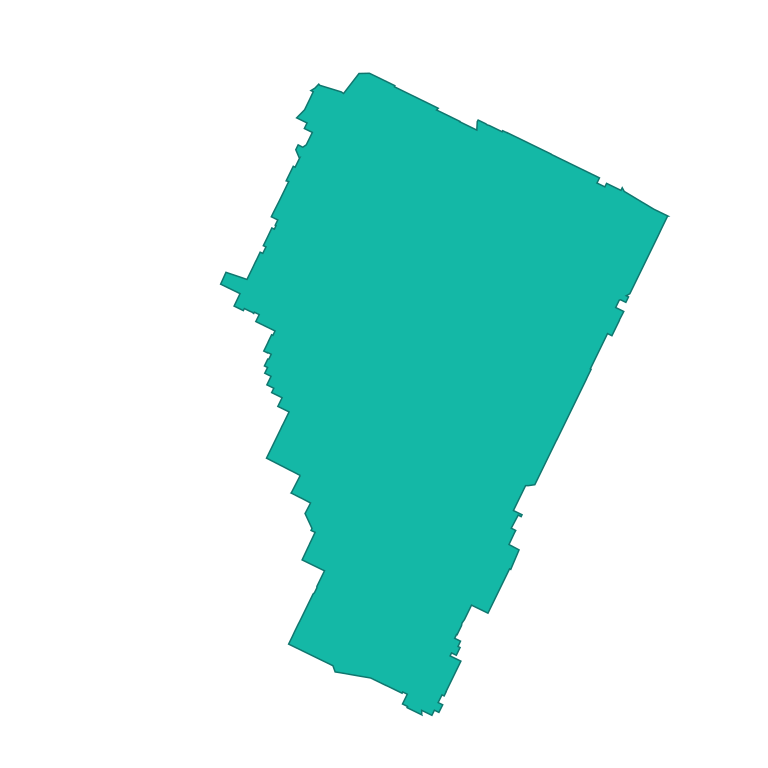 outline of Katanning, Western Australia, Australia, rotated 296°
{"feature_id": "25037944B94110641032660", "entity_name": "Katanning", "entity_type": "district", "adm_level": 2, "iso_a3": "AUS", "parent_name": "Australia", "parent_adm1": "Western Australia", "projection": "equal_earth", "projection_center": [117.615, -33.625], "detail": "fine", "context": "isolated", "style": "filled", "palette": "teal", "viewbox_px": 768, "rotation_deg": 296, "n_neighbors": 0, "source": "geoboundaries", "source_scale": "gbopen_adm2", "svg_char_len": 4215}
<svg xmlns="http://www.w3.org/2000/svg" viewBox="0 0 768 768"><g transform="rotate(296 384 384)"><path d="M625.2,565.4L637.4,565.4L645.9,565.3L659.0,565.3L659.4,565.8L659.4,550.0L660.4,538.6L660.6,535.7L662.4,515.5L664.8,512.1L661.9,512.1L661.9,496.1L658.0,496.1L658.0,495.9L658.0,487.3L663.7,487.3L663.7,487.1L663.7,458.3L663.7,453.4L663.7,433.7L663.9,433.6L663.9,391.0L663.9,385.2L663.9,384.7L663.7,384.8L663.7,379.6L662.5,379.6L662.5,365.2L662.1,363.3L662.5,361.5L662.5,352.9L660.7,352.8L652.9,356.1L652.9,355.8L652.9,337.1L653.3,337.1L653.3,311.1L655.6,311.9L655.7,263.1L656.9,263.0L656.9,234.7L652.1,225.4L627.4,220.3L627.8,217.5L624.3,195.3L624.8,194.1L624.9,193.9L619.6,192.2L615.7,189.7L615.7,192.3L607.5,192.4L595.6,192.4L584.9,188.8L584.9,200.4L581.6,200.4L578.7,200.4L578.7,209.3L564.9,209.3L561.2,207.2L561.3,202.0L556.1,202.0L555.9,202.0L549.9,208.9L550.2,209.1L539.9,209.1L539.9,207.0L532.0,207.0L523.7,207.0L524.2,209.6L504.9,209.6L502.1,209.6L490.7,209.4L488.7,209.4L484.9,209.4L484.9,216.6L479.0,216.6L479.0,217.5L475.1,217.6L475.1,214.8L465.3,214.9L455.4,214.9L455.5,217.8L453.3,217.8L448.3,217.8L448.2,214.9L438.6,215.0L438.1,215.0L438.1,214.9L431.5,215.0L417.9,215.0L417.1,208.4L415.1,193.0L402.1,193.4L402.1,215.0L388.3,215.1L388.3,225.2L388.3,225.4L390.6,225.4L390.6,231.7L390.7,233.7L390.7,233.8L390.3,236.0L391.7,236.0L391.7,241.4L383.9,241.4L383.9,253.1L383.9,262.8L379.0,262.8L379.0,261.4L371.2,261.4L371.1,261.5L360.9,261.5L360.9,265.7L361.3,265.7L361.3,269.6L355.9,269.6L355.5,268.6L347.8,268.6L347.8,272.1L341.4,272.1L341.4,279.1L331.9,279.1L331.9,286.8L327.0,286.8L327.0,298.4L317.3,298.4L317.3,310.6L317.3,310.9L315.0,310.9L313.1,310.9L308.3,310.9L306.0,310.9L303.6,310.9L301.1,310.8L298.2,310.9L295.9,310.9L293.6,310.9L290.7,310.9L287.1,310.9L283.8,310.9L279.6,310.9L276.2,310.9L274.3,310.9L274.2,310.9L271.8,310.9L269.0,310.9L267.4,310.9L265.8,310.9L265.8,313.2L265.7,316.9L265.7,318.4L265.7,318.8L265.6,321.8L265.6,324.0L265.5,326.6L265.5,329.2L265.4,332.8L265.3,336.8L265.3,340.0L265.2,343.9L265.2,345.0L265.2,345.3L265.1,345.6L265.1,346.0L265.1,347.2L265.1,348.1L265.1,349.0L265.0,348.8L245.5,348.4L245.3,348.3L245.1,358.8L245.2,359.0L245.0,365.2L244.9,368.5L244.9,370.1L242.4,370.1L235.5,369.9L234.9,369.9L233.0,369.8L232.6,370.3L222.6,382.6L220.4,382.6L220.4,383.9L220.5,387.1L219.2,387.1L217.8,387.1L211.6,387.2L209.1,387.2L207.8,387.2L207.0,387.3L204.0,387.3L190.0,387.5L190.0,392.9L190.0,395.1L190.0,398.4L190.0,401.4L190.0,407.2L190.0,409.1L190.0,411.4L190.0,412.0L190.1,412.3L188.5,412.4L185.8,412.4L176.2,412.4L173.1,412.4L172.9,412.4L172.7,412.4L172.4,412.5L171.9,412.8L171.5,412.9L171.3,413.0L170.8,413.0L169.7,413.0L167.1,413.0L166.5,413.0L166.2,413.0L165.9,413.0L165.4,412.8L164.9,412.6L164.6,412.4L164.4,412.4L164.1,412.4L163.9,412.3L161.3,412.3L158.4,412.3L157.1,412.3L155.0,412.3L151.1,412.3L148.5,412.3L145.1,412.3L140.3,412.3L136.4,412.3L133.6,412.3L130.9,412.2L125.3,412.2L122.1,412.2L116.7,412.3L108.4,412.3L108.4,436.8L108.4,441.8L108.4,446.7L108.4,461.6L103.8,466.3L105.3,471.2L111.0,491.0L113.9,500.8L113.9,517.7L114.0,517.7L114.0,535.8L115.4,535.8L115.4,540.9L104.5,540.9L104.5,546.5L103.3,546.5L103.2,546.7L103.2,563.0L103.3,562.9L107.2,560.9L107.2,561.0L107.2,572.3L112.9,572.3L112.9,577.3L121.4,577.4L121.4,572.3L130.0,572.4L130.0,574.8L134.6,574.8L134.6,574.6L150.9,574.6L168.6,574.6L168.6,562.6L171.9,562.6L171.9,567.9L180.5,567.9L180.5,565.6L186.4,565.5L186.4,559.0L190.7,559.0L190.7,559.6L200.8,559.6L203.3,558.9L207.6,559.6L223.6,559.6L223.6,577.9L241.4,577.9L267.0,577.9L272.9,577.9L272.9,579.2L294.1,578.1L294.5,566.7L301.3,566.6L307.3,566.5L310.1,566.6L310.2,561.6L325.0,562.1L324.9,565.4L327.0,565.4L327.0,555.8L354.7,555.8L354.8,556.0L356.0,558.4L359.6,563.7L378.2,563.7L393.9,563.7L409.7,563.7L409.7,563.8L425.6,563.8L455.0,563.8L468.5,563.8L477.3,563.8L477.3,563.7L488.0,563.7L488.0,562.8L499.8,562.8L500.7,562.8L504.6,562.8L513.2,562.8L514.4,562.8L520.6,562.8L527.3,562.8L527.3,567.7L544.5,567.7L545.1,567.5L552.7,567.7L554.3,567.7L554.3,558.7L562.5,558.7L563.4,559.7L563.4,565.6L569.5,565.6L569.5,563.0L572.9,565.4L578.7,565.4L578.9,565.4L593.7,565.4L616.0,565.4L625.2,565.4Z" fill="#14b8a6" stroke="#0f766e" stroke-width="1.5"/></g></svg>